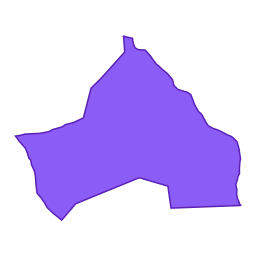 outline of Chase Gardens, Castries, Saint Lucia
{"feature_id": "8701671B45925024878482", "entity_name": "Chase Gardens", "entity_type": "district", "adm_level": 2, "iso_a3": "LCA", "parent_name": "Saint Lucia", "parent_adm1": "Castries", "projection": "orthographic", "projection_center": [-60.972, 14.016], "detail": "fine", "context": "isolated", "style": "filled", "palette": "violet", "viewbox_px": 256, "rotation_deg": 0, "n_neighbors": 0, "source": "geoboundaries", "source_scale": "gbopen_adm2", "svg_char_len": 2249}
<svg xmlns="http://www.w3.org/2000/svg" viewBox="0 0 256 256"><path d="M171.0,208.1L239.8,205.5L240.1,205.5L240.6,205.4L240.4,205.0L238.7,202.5L239.1,202.2L238.7,201.2L238.1,200.0L237.7,199.1L237.3,197.4L237.0,196.3L236.8,195.1L236.7,194.0L236.7,192.1L236.8,191.2L236.9,190.0L236.7,188.9L236.3,187.1L236.0,186.1L235.8,184.8L236.1,183.8L236.6,182.1L236.9,181.1L237.3,180.0L237.5,178.9L237.6,178.3L237.8,177.3L238.6,175.1L239.3,173.9L239.6,173.0L239.5,172.2L239.3,171.4L239.5,170.6L239.4,169.3L239.5,167.7L239.6,166.5L239.6,165.4L239.8,163.9L239.8,162.7L240.0,161.2L240.3,160.0L240.5,158.9L240.1,156.1L239.5,152.5L239.3,150.7L239.0,148.9L238.2,145.8L236.9,141.5L236.4,141.0L235.4,140.2L233.9,138.7L233.0,137.7L232.1,137.0L230.9,136.3L230.2,135.9L229.2,135.6L227.8,135.1L226.6,134.4L225.2,133.7L223.6,132.9L222.3,132.2L221.2,131.6L220.4,131.2L219.6,130.9L218.6,130.4L217.4,129.8L215.4,129.2L214.3,128.8L213.3,128.5L212.0,127.8L211.0,127.2L209.8,126.6L208.1,125.6L206.7,123.5L205.4,121.4L204.8,119.9L203.2,117.4L202.6,115.9L202.0,115.0L201.1,113.8L200.3,113.0L199.2,112.2L198.3,111.3L197.9,110.5L197.1,109.1L196.2,107.7L195.2,105.8L194.5,104.4L193.9,102.8L192.7,99.4L191.2,95.6L190.8,94.6L190.1,94.1L188.5,93.1L187.0,92.1L186.0,91.8L184.9,91.6L184.1,91.4L182.2,90.8L180.8,90.3L178.4,89.6L177.5,89.2L176.7,88.3L175.9,87.4L175.0,86.5L173.8,85.4L173.6,84.5L173.4,83.1L172.8,81.0L172.4,79.4L171.7,78.6L170.8,77.6L169.8,76.4L169.0,75.5L168.1,74.4L167.1,73.3L165.8,72.3L164.0,70.7L163.0,70.0L161.9,69.0L161.0,68.2L160.2,67.4L159.3,66.5L158.2,65.5L157.5,64.9L156.4,64.1L155.4,62.7L154.8,61.9L153.6,60.6L153.1,59.8L152.2,58.6L151.0,56.7L150.2,55.7L149.4,54.8L148.3,53.6L146.9,52.0L145.2,50.1L138.0,49.6L134.9,47.7L133.1,42.7L132.5,38.3L123.9,36.4L124.6,35.9L123.6,36.2L124.7,52.0L102.1,77.2L101.4,78.0L91.0,88.3L83.4,117.9L73.4,122.6L65.4,124.6L61.9,127.0L53.1,129.4L48.5,131.7L43.4,132.7L40.5,133.3L24.8,134.1L20.6,135.3L15.4,136.1L16.9,137.9L18.8,140.8L25.3,148.1L27.2,152.7L28.9,158.3L30.7,160.1L31.5,164.7L34.3,170.7L35.4,175.8L36.0,184.9L37.1,193.4L41.0,197.6L43.6,201.6L44.0,201.9L47.2,207.6L53.3,213.4L61.7,220.1L69.5,211.0L75.3,204.2L75.5,203.8L139.3,177.7L147.3,180.1L167.9,186.1L171.0,208.1Z" fill="#8b5cf6" stroke="#5b21b6" stroke-width="1.5"/></svg>